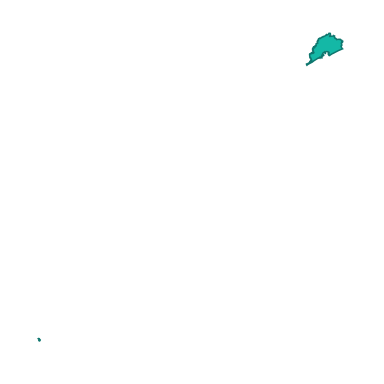 the district of Manzanillo, Colima, Mexico, rotated 312°
{"feature_id": "50627088B77985545046422", "entity_name": "Manzanillo", "entity_type": "district", "adm_level": 2, "iso_a3": "MEX", "parent_name": "Mexico", "parent_adm1": "Colima", "projection": "albers", "projection_center": [-104.517, 19.132], "detail": "fine", "context": "isolated", "style": "filled", "palette": "teal", "viewbox_px": 384, "rotation_deg": 312, "n_neighbors": 0, "source": "geoboundaries", "source_scale": "gbopen_adm2", "svg_char_len": 4888}
<svg xmlns="http://www.w3.org/2000/svg" viewBox="0 0 384 384"><g transform="rotate(312 192 192)"><path d="M402.5,194.2L402.4,194.2L402.7,193.7L403.3,193.4L402.8,192.8L402.8,192.6L402.5,192.8L400.7,191.1L400.8,191.1L400.9,190.9L400.7,190.7L400.1,190.5L399.9,190.3L399.8,190.2L400.3,190.0L400.4,189.8L400.8,189.8L401.6,189.6L402.4,188.7L402.0,188.0L401.6,187.6L400.5,187.8L399.0,187.3L398.7,187.2L398.9,186.6L397.8,186.5L397.6,186.5L397.3,186.5L395.5,185.9L395.6,185.6L395.3,185.4L394.5,185.2L393.8,184.9L393.7,185.1L392.6,184.6L392.1,184.6L392.1,184.4L392.4,184.3L392.2,184.3L392.0,184.1L391.8,184.1L391.7,183.9L391.1,183.8L390.8,183.6L390.3,183.8L390.0,183.7L389.9,183.9L389.6,184.1L389.5,184.3L389.3,184.4L389.0,184.4L388.8,184.2L388.7,184.3L388.7,184.6L388.4,184.6L388.4,184.4L388.1,184.2L387.9,184.2L387.7,184.3L387.6,184.7L387.2,184.9L386.9,185.1L386.9,185.6L386.8,185.8L386.6,185.8L386.3,185.7L386.2,185.7L385.7,185.3L385.4,185.3L385.3,185.2L384.9,185.1L384.3,185.8L383.9,186.4L383.7,186.5L383.5,186.4L383.6,186.2L383.5,185.9L382.9,185.6L382.3,186.3L381.6,186.3L381.3,186.6L381.2,186.6L381.2,186.4L381.2,186.0L381.2,185.9L381.5,185.4L381.3,185.2L381.0,185.3L380.5,185.4L380.5,185.6L380.2,185.8L379.8,185.6L379.5,185.8L379.0,185.8L378.8,186.0L379.0,186.2L379.1,186.5L378.9,186.9L378.3,187.2L377.8,187.1L377.6,187.2L377.6,187.5L377.8,187.9L377.6,188.0L377.4,187.9L377.1,188.1L377.2,188.4L377.4,188.7L377.4,188.9L377.3,189.1L377.1,189.0L376.8,189.2L376.7,188.7L376.3,188.9L376.1,189.0L375.9,189.1L375.7,188.9L375.8,187.9L375.4,187.5L375.2,187.5L374.7,188.1L374.2,187.9L373.6,187.1L373.0,187.2L372.7,187.7L372.3,188.1L372.0,188.2L371.7,188.6L371.5,189.0L371.3,189.2L371.3,189.5L371.2,189.9L370.9,189.8L370.7,189.8L370.6,190.2L370.7,190.4L370.7,190.7L370.8,190.8L370.9,191.0L370.7,191.3L370.4,191.5L370.4,191.8L370.4,192.0L370.2,192.4L370.0,192.6L369.8,192.5L369.6,192.0L369.4,192.0L369.1,192.1L368.8,192.5L369.1,193.0L369.0,193.5L369.3,193.6L369.5,193.5L369.6,194.2L369.4,194.4L369.1,194.3L369.0,194.2L368.6,194.2L368.3,194.1L368.0,194.0L368.1,193.7L367.8,193.6L367.8,193.3L367.6,193.2L367.8,193.0L367.8,192.8L367.8,192.5L367.7,192.5L367.6,192.3L367.4,192.4L367.2,192.5L367.1,192.8L366.9,192.8L365.4,192.2L365.0,192.2L364.6,192.1L364.4,192.0L364.1,192.0L363.8,191.5L363.6,191.7L363.7,191.8L363.8,192.0L363.7,192.1L363.3,192.1L363.2,192.1L363.1,192.6L363.6,192.6L364.8,192.9L368.6,194.3L369.2,194.5L370.0,194.6L371.1,194.8L375.7,196.1L376.7,196.6L376.9,196.7L376.8,196.8L377.1,196.9L377.1,197.0L377.4,196.9L377.4,197.0L377.5,196.9L377.6,197.0L377.7,196.9L377.8,197.0L377.7,197.0L377.8,197.0L378.1,197.1L378.2,197.3L378.2,197.5L378.3,197.8L378.2,198.1L378.3,198.0L378.5,198.2L378.5,198.3L378.3,198.3L378.5,198.3L378.6,198.5L378.7,198.8L378.9,198.7L379.0,198.8L378.9,198.7L379.0,198.7L378.9,198.7L379.0,198.5L378.9,198.4L379.0,198.3L378.9,198.2L378.9,197.8L379.0,197.8L379.2,198.1L379.3,198.0L379.6,198.1L379.7,197.8L379.8,197.9L379.9,197.7L380.0,197.6L380.2,197.4L380.3,197.3L380.5,197.3L380.7,197.5L380.7,197.4L380.8,197.5L381.0,197.5L380.9,197.6L381.1,197.6L381.1,197.9L381.3,197.9L381.2,198.0L381.4,198.2L381.4,198.4L381.5,198.4L381.5,198.5L381.4,198.5L381.5,198.5L381.6,198.4L381.8,198.3L381.8,198.1L382.0,197.9L381.8,197.6L381.5,197.5L381.4,197.3L381.4,197.1L381.6,196.8L382.2,196.5L382.8,196.4L383.4,196.4L384.0,196.6L384.4,196.9L384.4,197.1L384.3,197.3L384.2,197.3L384.4,197.3L384.5,197.5L384.4,197.6L384.2,197.9L384.1,198.0L384.2,198.3L384.4,198.3L384.5,198.0L384.5,197.9L384.8,197.8L384.8,197.7L384.7,197.8L384.7,197.7L384.8,197.7L384.7,197.7L384.8,197.5L384.9,197.4L384.9,197.5L385.1,197.4L385.5,197.5L386.1,197.8L386.7,198.4L387.1,199.0L387.3,199.6L387.4,200.2L387.2,200.2L387.3,200.4L387.2,200.5L386.9,200.8L386.8,200.7L386.7,200.8L386.7,200.6L386.4,200.5L386.7,200.3L386.4,200.5L386.2,200.6L386.0,200.8L385.7,200.9L385.7,201.2L385.6,201.4L385.6,201.9L385.5,202.0L385.5,202.3L385.3,202.4L385.4,202.5L385.4,202.8L385.5,203.0L385.8,203.0L386.5,203.1L388.6,203.7L389.7,204.2L390.1,204.4L390.3,204.4L390.6,204.5L395.3,206.3L398.9,208.0L398.9,207.9L399.1,208.0L399.1,207.9L399.0,207.7L400.0,205.3L400.1,205.1L400.5,205.2L401.5,205.1L402.2,203.7L402.6,203.4L402.7,203.5L402.9,203.4L403.0,203.6L403.8,203.5L404.1,203.6L404.5,203.4L404.1,202.8L404.4,202.7L404.2,202.6L404.2,202.4L404.4,202.2L404.7,202.0L404.9,201.7L404.6,201.2L404.7,200.8L404.6,200.5L404.7,200.3L404.4,200.1L404.5,199.8L404.4,199.6L403.9,199.2L403.7,198.9L403.5,198.7L402.8,198.1L402.4,197.6L402.1,197.5L402.4,196.4L402.0,195.8L402.0,195.5L402.3,194.7L402.6,194.6L402.6,194.4L402.5,194.2ZM-19.5,178.2L-19.5,177.9L-19.6,177.9L-19.6,177.4L-19.4,177.2L-19.3,176.9L-19.2,176.7L-19.3,176.4L-19.4,176.1L-19.8,176.0L-19.7,176.3L-19.8,176.6L-20.0,176.9L-20.1,177.1L-20.7,177.3L-20.8,177.5L-20.9,178.0L-20.8,178.3L-20.6,178.4L-20.1,178.3L-20.0,178.4L-19.5,178.2Z" fill="#14b8a6" stroke="#0f766e" stroke-width="1.5"/></g></svg>